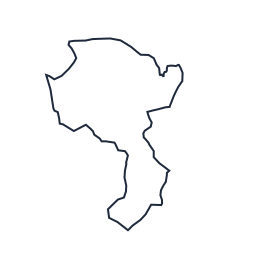 Ila, Osun, Nigeria (Robinson projection), rotated 345°
{"feature_id": "59680162B66079212084305", "entity_name": "Ila", "entity_type": "district", "adm_level": 2, "iso_a3": "NGA", "parent_name": "Nigeria", "parent_adm1": "Osun", "projection": "robinson", "projection_center": [4.917, 7.969], "detail": "fine", "context": "isolated", "style": "outline", "palette": "slate", "viewbox_px": 256, "rotation_deg": 345, "n_neighbors": 0, "source": "geoboundaries", "source_scale": "gbopen_adm2", "svg_char_len": 1661}
<svg xmlns="http://www.w3.org/2000/svg" viewBox="0 0 256 256"><g transform="rotate(345 128 128)"><path d="M192.9,80.0L190.3,80.6L187.7,79.5L185.4,78.8L182.2,78.4L181.1,80.1L180.3,82.7L179.4,83.6L177.9,83.4L176.4,84.9L175.9,87.0L175.3,87.0L174.2,85.2L172.9,85.2L172.5,84.8L173.6,78.2L173.3,77.5L172.1,74.5L172.0,74.4L171.0,67.3L168.3,64.4L167.0,63.0L166.8,62.8L159.2,60.5L156.1,56.3L152.2,50.7L143.6,41.5L134.2,37.0L130.1,36.0L129.2,35.8L122.0,34.1L116.4,32.9L109.9,32.6L98.7,29.9L93.7,29.3L92.1,32.3L94.2,36.7L95.5,42.1L96.1,47.1L92.7,50.7L91.2,51.8L86.4,55.4L77.3,60.5L69.4,61.9L65.5,57.5L62.7,55.6L63.1,70.6L61.0,90.0L61.5,92.3L64.3,94.5L63.9,101.3L63.2,106.1L66.1,107.6L74.9,116.9L87.5,114.1L88.2,114.0L91.6,119.0L93.3,122.0L93.7,125.7L98.0,130.9L99.1,134.1L102.8,135.0L111.1,138.6L111.5,139.5L112.8,147.0L119.1,149.6L120.0,151.8L120.8,154.5L119.2,157.4L117.1,161.2L117.2,162.1L114.0,168.5L111.8,174.9L111.4,183.3L109.6,188.7L106.1,194.1L99.7,194.5L87.6,201.3L86.5,209.9L93.5,216.1L101.5,226.7L107.3,223.4L116.2,220.0L122.6,216.0L130.5,208.1L140.1,211.0L141.4,209.7L142.2,206.2L141.9,201.3L143.8,196.6L147.5,192.5L150.6,189.8L153.5,183.2L153.9,181.4L156.8,179.9L149.1,170.0L145.3,162.8L146.9,156.9L144.4,150.0L144.0,147.6L141.6,142.5L140.8,141.3L141.4,137.2L143.4,135.0L150.3,132.6L152.3,128.9L151.1,123.7L150.9,119.7L150.9,117.4L153.4,117.5L156.7,117.5L159.1,117.6L162.6,117.7L163.8,117.7L166.2,117.7L168.1,117.7L169.7,117.7L173.7,118.4L174.2,117.5L178.5,111.7L180.3,109.2L183.4,105.5L186.1,102.5L187.4,101.1L188.0,100.6L192.6,96.7L195.0,88.9L194.5,84.9L194.3,83.3L193.9,82.0L193.6,80.5L192.9,80.0Z" fill="none" stroke="#1e293b" stroke-width="2"/></g></svg>